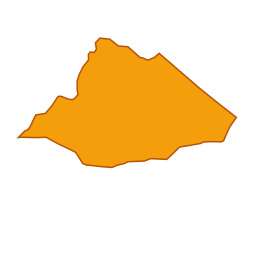 the district of Goudoumaria, Diffa, Niger, rotated 221°
{"feature_id": "23599985B75635581877036", "entity_name": "Goudoumaria", "entity_type": "district", "adm_level": 2, "iso_a3": "NER", "parent_name": "Niger", "parent_adm1": "Diffa", "projection": "natural_earth1", "projection_center": [11.333, 13.844], "detail": "fine", "context": "isolated", "style": "filled", "palette": "amber", "viewbox_px": 256, "rotation_deg": 221, "n_neighbors": 0, "source": "geoboundaries", "source_scale": "gbopen_adm2", "svg_char_len": 936}
<svg xmlns="http://www.w3.org/2000/svg" viewBox="0 0 256 256"><g transform="rotate(221 128 128)"><path d="M53.2,207.1L72.4,206.0L100.8,204.9L153.5,204.8L154.3,198.9L157.5,192.3L163.1,190.4L165.2,189.1L181.3,189.3L189.1,183.6L200.0,183.1L208.2,177.4L208.5,171.0L203.5,166.7L203.1,162.8L206.4,160.5L206.2,157.6L202.4,153.4L202.1,144.7L199.8,136.0L197.0,129.9L191.1,123.2L187.6,120.3L187.6,116.6L188.4,113.0L191.8,110.7L199.4,108.0L201.5,105.9L200.0,94.5L199.9,85.1L200.6,84.0L206.2,77.3L204.6,71.3L202.6,64.5L202.6,60.8L203.9,57.8L204.5,48.9L203.6,49.9L203.0,50.6L191.2,60.3L183.7,67.3L169.6,70.4L159.2,73.4L151.4,75.3L138.7,71.5L134.4,73.1L132.4,74.8L122.1,81.8L114.3,87.7L111.6,93.0L107.4,98.8L106.0,102.4L100.4,107.7L94.1,113.7L90.6,119.9L78.2,129.7L77.1,140.1L76.7,147.3L71.5,153.5L63.2,163.8L61.7,167.1L57.3,171.4L48.4,178.9L47.5,181.1L49.2,186.4L51.9,195.5L53.2,207.1Z" fill="#f59e0b" stroke="#b45309" stroke-width="1.5"/></g></svg>